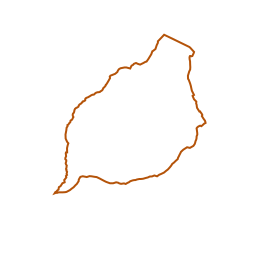 the district of Santiago Texcalcingo, Puebla, Mexico, rotated 146°
{"feature_id": "50627088B87792641309380", "entity_name": "Santiago Texcalcingo", "entity_type": "district", "adm_level": 2, "iso_a3": "MEX", "parent_name": "Mexico", "parent_adm1": "Puebla", "projection": "natural_earth1", "projection_center": [-96.972, 18.216], "detail": "fine", "context": "isolated", "style": "outline", "palette": "amber", "viewbox_px": 256, "rotation_deg": 146, "n_neighbors": 0, "source": "geoboundaries", "source_scale": "gbopen_adm2", "svg_char_len": 4459}
<svg xmlns="http://www.w3.org/2000/svg" viewBox="0 0 256 256"><g transform="rotate(146 128 128)"><path d="M225.3,114.9L224.4,114.7L222.6,113.7L221.5,113.5L219.6,112.2L217.8,111.0L216.1,110.0L214.7,109.4L210.8,109.0L208.9,109.2L206.2,109.3L203.3,110.0L201.8,110.2L199.9,111.0L198.7,111.5L197.7,112.7L196.4,113.4L194.8,114.1L192.5,113.3L189.6,110.4L186.8,109.6L185.2,108.3L183.1,106.3L181.4,104.8L179.7,101.9L177.3,97.4L176.2,95.5L174.9,93.7L173.8,92.2L171.2,90.5L169.9,90.1L168.2,89.6L166.8,88.2L166.2,87.0L165.0,85.6L162.3,84.3L161.2,82.9L159.2,82.8L157.6,82.5L155.9,82.6L153.6,82.0L152.1,81.4L151.0,80.7L149.3,80.3L147.2,79.4L145.8,78.5L143.9,77.5L140.8,76.5L139.2,75.9L137.1,75.6L135.1,74.4L132.7,73.9L130.9,71.7L128.1,71.8L127.0,71.5L123.1,70.9L120.3,71.2L118.2,71.3L115.3,72.0L113.1,72.7L111.4,73.5L109.3,73.6L106.7,74.1L104.2,74.4L103.1,75.4L101.7,76.1L100.4,76.9L98.9,77.7L97.4,78.6L94.3,79.1L89.8,79.0L87.8,76.9L83.8,76.6L81.7,77.4L80.5,78.3L79.3,79.4L78.1,80.1L77.0,81.1L75.7,82.8L74.3,83.7L73.4,85.1L72.2,87.5L71.3,89.4L70.1,89.8L68.8,89.9L66.9,89.6L66.2,88.5L65.0,88.6L62.4,89.0L60.9,88.8L60.5,89.6L60.1,91.1L60.2,93.1L60.1,96.6L59.1,97.2L58.9,99.0L59.1,100.4L58.9,101.3L59.6,101.7L59.5,105.9L59.1,107.0L58.1,108.9L57.8,110.2L56.6,111.7L57.2,114.9L56.5,118.5L54.8,118.5L54.2,123.2L53.3,125.5L52.4,127.7L51.6,130.2L51.0,132.7L50.7,134.0L50.7,135.2L49.1,137.8L46.9,139.6L45.7,140.6L43.8,141.7L42.4,143.5L40.9,146.0L39.3,148.5L38.4,150.7L37.4,152.3L36.5,153.0L36.1,152.9L35.5,152.1L34.4,151.7L31.9,153.2L30.7,154.1L31.5,159.6L31.8,160.8L38.9,173.1L45.9,185.1L53.5,183.4L54.7,183.2L55.6,181.9L57.9,180.6L61.1,178.1L64.3,177.9L64.9,178.0L67.5,176.1L72.8,173.7L75.5,172.7L76.6,173.1L79.1,173.3L82.5,173.8L84.0,175.7L85.0,177.4L87.2,177.9L88.6,177.5L90.2,177.7L92.9,176.1L93.6,176.9L95.5,179.1L97.2,180.2L100.8,181.7L102.0,181.8L102.8,181.8L104.5,181.1L105.5,180.4L108.3,180.1L113.3,181.2L114.4,180.8L115.0,179.4L117.2,178.3L119.9,177.0L122.0,176.1L122.3,176.2L122.8,175.8L123.2,175.5L123.6,175.4L124.1,175.3L124.7,175.1L124.9,175.0L125.1,175.0L125.5,175.0L125.8,175.0L126.1,174.9L126.3,174.8L126.6,174.6L127.1,174.3L127.5,174.0L128.1,173.8L128.4,173.7L128.7,173.7L129.1,173.7L129.9,173.7L130.4,173.8L130.8,173.7L131.1,173.6L131.4,173.7L131.9,173.9L132.5,174.2L133.0,174.5L133.3,174.7L134.0,174.9L134.5,175.0L134.8,175.1L135.0,175.1L135.5,175.1L135.8,175.1L136.2,175.0L136.4,175.0L136.8,174.9L137.0,174.8L137.3,174.8L137.7,174.8L138.0,175.0L138.3,175.1L138.7,175.4L138.9,175.5L139.2,175.5L139.7,175.6L139.8,175.6L140.4,175.7L140.7,175.7L141.2,175.7L141.6,175.7L142.3,175.7L142.8,175.8L143.2,175.8L143.6,175.8L143.8,175.8L144.1,175.9L144.4,176.0L144.9,176.1L145.0,176.1L145.4,176.2L145.8,176.2L146.0,176.2L146.3,176.3L146.6,176.2L146.8,176.2L147.0,176.1L147.2,175.9L147.4,175.8L147.5,175.6L147.6,175.4L147.8,175.0L148.0,174.9L148.3,174.8L148.5,174.9L149.1,174.9L149.4,174.9L149.6,174.9L149.8,174.9L149.9,175.0L150.0,175.1L150.4,175.3L150.7,175.3L150.8,175.3L151.1,175.2L151.3,175.1L151.4,174.9L151.7,174.8L151.9,174.8L152.4,174.8L152.6,174.7L152.8,174.6L153.2,174.5L153.4,174.5L153.9,174.6L154.3,174.6L154.5,174.6L154.9,174.6L155.1,174.6L155.3,174.5L155.4,174.4L155.8,174.3L156.1,174.3L156.2,174.2L156.3,174.1L156.5,174.0L156.6,173.9L156.9,173.6L157.2,173.4L157.3,173.4L157.5,173.4L158.2,173.4L158.7,173.4L159.0,173.5L159.3,173.6L160.0,173.6L160.5,173.6L160.9,173.5L161.2,173.5L161.5,173.3L161.9,173.1L162.3,172.8L162.6,172.6L162.9,172.2L163.2,171.9L163.4,171.7L163.8,171.4L164.2,171.1L164.5,171.0L164.8,170.8L165.5,170.7L165.8,170.5L166.1,170.3L166.4,169.9L166.7,169.5L166.8,169.3L166.9,169.0L167.0,168.8L167.0,168.5L167.0,168.0L167.1,167.8L167.2,167.6L167.3,167.6L167.5,167.4L167.9,167.3L168.5,166.9L169.0,166.6L169.5,166.3L169.8,166.2L170.3,166.2L170.9,166.3L171.3,166.3L171.6,166.2L172.1,165.6L172.3,165.3L173.3,164.9L174.0,164.9L175.4,164.2L176.6,164.3L176.8,163.9L177.2,163.2L178.7,162.6L180.5,160.5L183.4,157.6L185.6,154.1L186.0,151.9L186.2,150.1L186.0,148.7L187.8,147.3L189.8,145.4L192.1,141.8L193.1,142.4L193.7,141.9L195.1,139.2L196.7,138.2L197.4,137.2L197.2,135.8L197.7,135.0L199.4,133.6L199.7,132.6L199.8,131.0L200.5,130.4L201.3,129.4L202.3,128.7L202.4,127.5L203.0,127.0L203.0,125.7L204.6,124.3L204.8,123.2L205.4,123.1L206.3,122.9L206.8,121.5L210.0,120.5L210.3,119.6L210.9,118.4L213.2,118.9L216.5,117.5L218.3,117.6L219.2,116.8L220.0,115.8L221.4,115.8L223.0,115.3L224.0,115.5L225.3,114.9Z" fill="none" stroke="#b45309" stroke-width="2"/></g></svg>